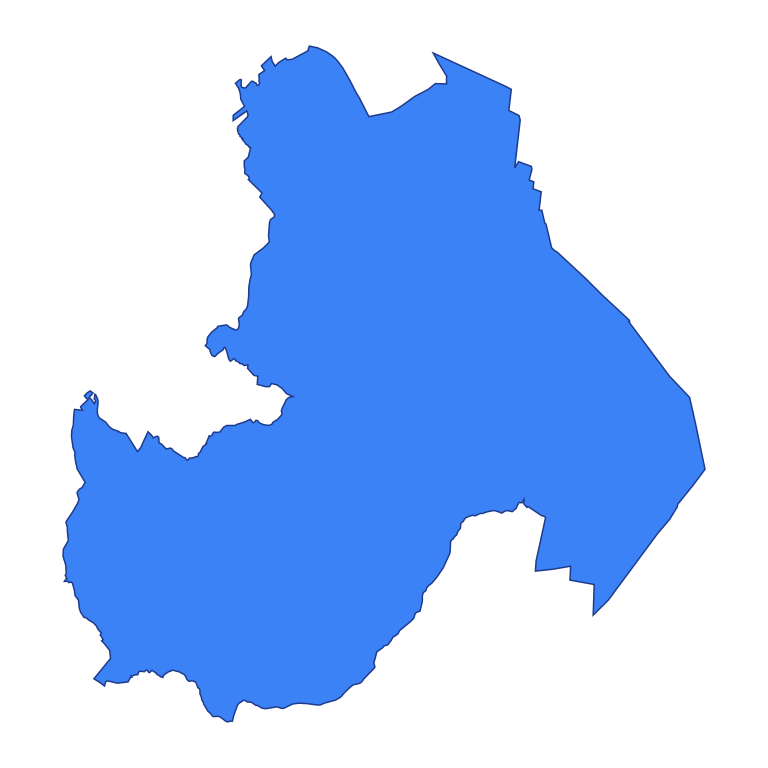 Emiliano Zapata, Hidalgo, Mexico
{"feature_id": "50627088B36596593410465", "entity_name": "Emiliano Zapata", "entity_type": "district", "adm_level": 2, "iso_a3": "MEX", "parent_name": "Mexico", "parent_adm1": "Hidalgo", "projection": "natural_earth1", "projection_center": [-98.616, 19.664], "detail": "fine", "context": "isolated", "style": "filled", "palette": "blue", "viewbox_px": 768, "rotation_deg": 0, "n_neighbors": 0, "source": "geoboundaries", "source_scale": "gbopen_adm2", "svg_char_len": 6005}
<svg xmlns="http://www.w3.org/2000/svg" viewBox="0 0 768 768"><path d="M551.6,247.7L546.0,224.1L544.8,223.0L541.8,210.2L539.1,210.2L541.2,191.8L533.1,188.8L533.8,181.8L529.2,180.0L531.9,169.3L531.4,166.4L518.5,161.7L514.7,167.9L520.2,120.1L519.0,115.5L508.8,110.5L511.3,89.4L505.3,86.2L433.2,53.0L439.2,63.9L446.9,76.6L446.5,77.6L446.5,83.9L435.4,83.6L428.0,89.5L414.8,96.4L400.9,106.4L391.7,112.0L368.9,116.6L359.3,97.8L356.2,92.7L349.9,80.4L342.9,68.1L337.8,61.3L335.4,58.5L332.1,55.7L326.2,51.7L317.6,47.8L309.3,46.1L307.8,50.9L292.3,59.2L287.2,60.0L285.9,58.2L285.0,58.6L278.9,62.4L275.1,66.1L272.2,61.4L271.1,56.6L261.4,65.8L264.6,70.6L258.9,74.4L259.2,79.5L258.9,80.5L259.6,83.3L258.4,85.4L257.3,85.4L256.0,83.1L254.3,82.6L253.5,81.5L251.6,81.2L245.4,88.0L243.0,87.7L241.5,87.1L241.3,86.2L241.1,83.0L241.4,80.6L241.0,79.5L239.5,79.8L235.5,83.3L236.0,83.6L236.7,85.4L238.4,87.9L239.4,90.5L240.3,93.7L240.8,99.2L244.5,106.4L233.2,115.3L233.2,120.6L246.9,110.9L248.0,114.7L247.6,116.7L238.0,126.6L237.4,129.1L237.9,129.9L237.6,130.9L238.4,132.5L238.4,133.7L240.0,135.2L240.0,136.5L242.0,137.8L241.7,138.0L242.0,138.9L242.6,138.5L243.0,138.8L242.9,140.4L243.8,141.0L246.2,144.4L248.2,145.6L249.3,147.4L250.6,147.5L248.3,157.1L244.2,161.0L244.3,166.4L245.0,169.8L244.7,173.2L248.5,176.2L249.4,179.0L248.4,179.6L261.9,192.9L259.8,197.2L272.2,210.9L272.5,211.9L274.1,213.3L274.5,215.8L273.9,217.2L270.5,219.5L269.5,222.6L268.5,235.5L269.3,241.6L267.5,244.0L263.1,248.2L254.2,254.8L250.9,262.6L250.5,265.0L251.4,274.4L250.1,279.3L248.9,286.6L248.6,296.5L247.7,305.0L246.6,308.5L243.7,311.7L242.3,315.3L239.5,317.2L238.5,318.5L239.3,324.8L238.5,328.0L237.1,329.8L235.8,330.0L230.1,327.6L226.6,324.9L217.8,326.3L216.9,327.9L211.5,332.3L207.8,337.0L207.0,339.8L207.1,343.1L205.3,345.7L209.7,349.4L210.4,352.2L211.9,355.3L213.8,356.5L215.3,356.3L217.2,354.0L223.0,349.8L224.3,347.3L225.4,348.0L226.7,351.5L228.6,358.5L229.6,360.5L230.5,361.2L234.2,358.5L235.0,359.0L235.5,360.7L239.1,362.3L239.8,363.6L242.0,363.8L244.1,365.5L248.0,365.1L247.5,368.2L253.9,375.4L257.8,376.2L257.2,384.4L265.8,386.7L269.5,386.6L271.6,383.5L277.1,384.9L282.4,388.7L286.3,393.5L292.9,396.6L289.1,397.3L286.4,399.5L282.6,407.3L281.3,410.9L282.0,412.9L281.9,414.6L277.9,419.1L272.8,422.4L272.2,423.9L269.3,425.4L263.9,424.8L259.3,422.9L258.0,420.9L256.0,420.2L255.0,421.8L253.0,422.7L250.3,419.3L245.1,421.8L236.5,424.5L235.2,425.5L226.7,425.5L223.7,427.1L219.9,432.0L216.2,432.5L214.2,432.0L213.0,433.0L212.2,434.9L211.3,435.7L210.1,436.5L209.2,435.8L205.9,443.8L206.4,443.8L206.0,444.5L203.0,446.4L200.3,451.8L198.3,453.9L198.6,454.9L197.8,456.5L196.4,456.5L192.2,458.0L189.4,458.1L188.3,459.8L186.7,459.9L185.0,457.6L183.7,457.6L175.4,452.2L173.8,451.1L172.0,448.9L170.5,448.1L166.1,448.9L161.8,444.3L159.0,442.7L158.9,438.4L158.4,436.8L157.3,436.2L153.0,437.7L151.7,435.4L148.0,431.7L140.6,447.8L137.4,451.5L126.9,434.7L126.5,434.7L126.3,433.5L120.5,432.7L119.2,431.7L118.3,431.7L118.3,431.2L112.9,429.4L109.3,426.7L105.6,422.1L99.2,417.8L97.5,414.3L97.3,409.8L98.1,402.2L97.6,398.8L95.9,395.1L94.9,394.3L94.2,398.8L95.7,400.8L94.3,403.7L91.2,399.2L89.0,397.9L93.0,393.0L90.2,390.9L87.4,392.7L84.4,395.7L86.1,398.1L88.0,399.6L80.7,406.6L80.6,407.2L82.5,410.3L74.5,409.4L73.7,416.2L73.3,425.2L71.8,430.5L71.6,434.1L71.5,437.0L73.0,447.6L75.3,453.4L74.7,454.5L75.5,461.3L77.2,469.0L84.6,481.4L85.0,482.8L82.0,487.6L79.7,489.0L77.5,491.5L77.1,493.4L79.0,499.4L77.9,502.7L72.8,511.6L65.9,522.0L67.4,527.5L67.3,530.1L68.3,540.5L63.4,549.1L63.0,556.2L65.4,563.8L65.9,566.7L66.2,573.7L65.2,575.4L66.9,578.5L66.2,578.8L64.4,581.4L67.8,581.3L68.7,582.6L71.2,582.1L72.4,583.0L74.4,590.3L75.1,595.6L78.5,600.2L79.2,607.8L80.5,612.0L83.8,617.2L87.0,618.3L88.4,619.9L93.2,622.6L96.5,626.1L97.8,629.1L101.5,633.2L100.2,634.8L103.2,639.7L101.6,640.9L104.5,643.8L109.7,650.4L110.5,658.5L93.9,678.8L99.6,682.3L104.5,686.0L105.6,682.0L107.4,680.8L117.5,683.2L128.0,681.9L130.3,677.9L131.0,677.1L131.8,677.1L130.9,676.1L136.6,674.6L137.7,674.8L138.9,671.6L140.3,671.2L144.4,671.7L145.6,670.4L147.1,670.2L148.7,672.3L149.5,672.6L152.0,670.4L155.6,672.7L156.6,673.5L156.8,674.4L158.2,674.9L160.9,676.9L163.0,677.4L163.1,675.8L165.9,673.5L169.2,671.4L170.6,671.3L171.6,670.4L173.0,670.3L179.2,671.8L184.4,674.7L185.8,676.8L186.8,679.4L188.4,680.9L189.6,681.3L191.9,680.7L194.7,681.6L196.2,682.9L197.8,687.7L199.3,688.6L200.0,690.5L199.9,693.7L201.4,697.3L201.8,699.9L203.5,702.8L203.7,704.1L207.9,711.2L210.8,713.7L212.2,715.9L213.4,716.6L218.2,716.3L220.4,717.1L225.9,721.3L227.8,721.9L230.6,721.1L232.4,721.2L233.6,715.9L237.2,705.9L238.7,703.5L243.7,700.2L244.7,700.3L247.1,701.9L251.5,702.3L255.5,705.2L257.3,705.4L262.2,708.2L265.8,708.7L277.0,706.8L281.6,708.4L283.6,708.4L292.6,704.0L298.9,703.2L306.9,703.6L317.2,705.0L320.2,705.0L324.2,703.2L335.5,700.1L340.8,697.0L344.7,692.4L350.2,687.2L353.3,684.8L359.0,683.5L360.6,682.9L361.6,681.9L364.1,678.6L374.5,667.9L374.9,667.0L373.9,662.9L376.8,651.9L382.8,647.6L383.8,646.0L387.7,644.9L390.8,641.0L393.0,637.0L395.1,636.0L398.0,633.8L399.6,630.6L410.7,621.4L413.6,618.5L415.2,613.7L416.4,612.4L420.0,611.1L422.3,601.5L422.4,595.6L423.2,592.7L426.0,590.5L426.6,587.9L428.6,585.6L431.7,583.3L436.9,577.2L443.3,567.7L449.7,553.6L450.1,552.2L450.6,541.5L451.9,539.7L453.6,538.6L454.0,537.3L456.7,534.8L457.8,531.6L460.4,528.2L460.9,523.1L463.0,521.6L465.1,518.4L466.9,517.2L472.1,515.3L475.3,515.8L479.9,513.6L483.1,513.3L486.8,511.9L493.2,510.6L495.5,510.8L501.9,513.1L505.1,511.0L507.2,510.6L512.3,511.6L516.3,508.2L517.3,505.6L519.1,502.5L522.0,502.8L524.0,499.4L523.9,503.9L526.9,507.4L527.8,506.4L541.5,515.6L543.5,516.0L545.6,517.5L536.1,560.9L535.4,571.1L553.1,569.2L570.6,566.2L570.0,580.1L594.2,584.5L593.2,615.1L608.4,600.0L657.4,533.8L669.6,519.4L677.3,506.9L677.6,504.4L693.1,485.2L705.0,469.3L695.1,421.6L689.6,397.4L669.5,376.2L628.8,321.8L629.6,321.7L629.5,320.4L602.9,295.7L585.3,278.2L557.8,252.7L553.8,249.9L551.6,247.7Z" fill="#3b82f6" stroke="#1e3a8a" stroke-width="1.5"/></svg>